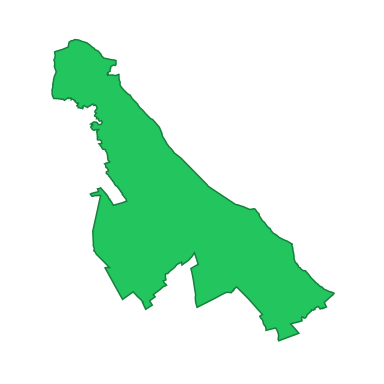 the district of Todiresti, Iasi, Romania, rotated 7°
{"feature_id": "2599482B85852318725472", "entity_name": "Todiresti", "entity_type": "district", "adm_level": 2, "iso_a3": "ROU", "parent_name": "Romania", "parent_adm1": "Iasi", "projection": "equal_earth", "projection_center": [26.831, 47.342], "detail": "fine", "context": "isolated", "style": "filled", "palette": "green", "viewbox_px": 384, "rotation_deg": 7, "n_neighbors": 0, "source": "geoboundaries", "source_scale": "gbopen_adm2", "svg_char_len": 5892}
<svg xmlns="http://www.w3.org/2000/svg" viewBox="0 0 384 384"><g transform="rotate(7 192 192)"><path d="M136.2,307.1L145.7,298.3L148.8,300.8L150.0,301.9L152.9,304.0L153.5,304.4L156.8,307.2L156.3,307.6L160.3,314.1L166.4,309.1L163.2,305.2L168.2,300.5L166.1,298.6L172.7,292.2L174.2,290.3L174.6,289.8L178.1,287.7L177.2,286.6L175.7,285.9L174.3,283.7L176.9,282.4L176.0,279.8L175.8,278.1L175.7,276.7L176.6,276.2L177.9,275.9L180.0,272.9L181.1,272.0L183.8,269.1L186.0,265.7L190.2,262.9L191.0,265.7L193.0,263.7L195.9,261.2L197.0,260.0L200.0,255.8L201.8,252.1L204.4,257.4L207.0,263.3L206.3,263.5L205.3,264.2L200.2,268.1L201.8,272.1L203.0,275.8L204.4,280.3L206.6,288.4L207.6,291.5L208.2,294.0L208.1,296.1L208.2,296.9L209.0,300.8L211.1,305.9L228.5,294.2L234.5,289.9L238.1,287.6L239.8,287.2L243.2,287.2L244.7,284.9L245.1,284.9L245.6,284.1L245.6,283.5L245.4,283.4L247.9,280.8L261.0,291.1L276.8,305.0L274.4,307.0L274.5,307.3L275.3,308.4L277.5,310.5L278.0,311.3L278.8,313.6L279.8,315.2L281.1,316.4L281.5,316.9L282.2,318.7L282.3,320.3L291.5,316.8L292.9,318.4L294.5,321.1L295.1,322.5L295.5,324.7L295.4,326.2L295.6,327.2L295.4,327.8L295.8,328.3L296.2,329.1L315.3,319.2L311.2,315.4L306.0,311.0L307.6,310.2L314.5,307.6L316.9,306.4L316.7,305.2L316.2,304.2L316.2,303.6L316.5,302.6L317.9,303.0L318.4,303.5L319.5,303.4L320.8,301.8L321.0,300.5L321.5,299.4L322.5,298.6L323.2,297.3L324.3,296.4L324.8,295.8L324.9,294.5L326.8,294.5L328.4,293.4L327.9,292.6L329.9,291.0L331.3,290.2L333.5,292.5L335.6,291.3L335.9,291.8L339.5,289.7L338.7,288.7L336.8,285.4L341.6,279.9L343.7,277.6L344.2,277.2L345.4,275.2L342.5,274.3L340.6,274.1L334.8,272.3L332.5,270.4L331.4,270.3L329.9,269.6L328.2,268.2L326.1,266.9L320.5,262.5L317.5,259.4L314.1,256.3L313.3,256.3L311.8,256.5L309.7,255.3L308.9,254.2L307.3,253.6L306.8,253.3L306.5,252.3L306.3,251.9L305.2,251.3L305.0,251.0L305.2,250.8L305.0,250.5L304.6,250.0L303.4,249.6L302.9,249.0L302.6,248.1L302.2,247.5L301.1,245.0L301.2,243.7L300.2,240.1L298.8,236.3L299.0,235.9L299.0,235.5L297.6,232.9L297.6,232.2L297.9,231.7L297.8,231.4L296.8,231.2L295.4,230.3L294.2,230.0L292.6,229.2L289.4,228.4L284.1,226.5L281.0,224.4L278.0,223.2L275.2,220.8L274.2,219.0L271.1,217.2L267.6,213.3L265.4,211.9L262.8,208.8L261.4,206.9L261.4,206.0L260.9,205.1L260.2,204.9L259.0,203.8L256.8,201.4L256.0,201.1L254.9,201.2L252.7,202.1L251.0,202.2L244.0,200.1L242.6,200.0L239.1,199.2L236.8,199.1L207.6,184.5L205.9,182.8L176.9,159.7L169.8,155.5L166.1,151.6L163.6,149.8L162.7,148.7L161.7,147.8L159.4,144.6L155.9,140.3L154.8,137.0L151.7,131.7L147.0,127.4L144.0,124.8L141.9,124.2L136.1,119.6L134.9,118.4L131.8,115.8L130.6,115.3L129.5,114.0L128.5,113.2L127.8,112.1L127.1,111.2L121.2,106.5L118.8,103.4L116.2,102.4L111.6,98.9L108.7,96.1L107.7,94.8L107.4,93.9L107.3,91.7L106.1,89.7L105.4,86.5L105.3,84.7L105.1,84.2L104.0,84.6L102.6,85.5L101.7,85.8L101.1,85.8L99.5,85.5L95.1,86.0L94.1,86.4L93.4,85.6L94.3,85.1L94.4,84.8L94.3,84.4L93.7,84.0L93.7,83.7L96.0,82.2L95.8,80.1L96.2,79.3L95.9,78.1L96.9,76.8L98.7,75.5L100.5,75.8L101.0,74.7L100.6,70.9L100.1,70.7L98.5,70.4L97.0,70.6L88.1,69.8L85.3,67.6L85.0,66.5L81.8,63.6L78.6,62.5L78.2,62.3L77.8,61.7L77.3,61.3L74.9,60.1L72.8,58.6L69.6,56.8L67.5,56.4L64.8,56.0L60.8,54.9L59.5,55.0L57.5,54.9L56.6,55.3L55.0,56.4L54.3,56.4L53.7,56.6L51.8,58.2L51.5,60.9L51.5,63.0L51.4,63.2L46.0,66.3L39.9,68.9L38.6,69.6L38.7,70.5L39.5,72.5L39.6,75.5L38.8,77.7L39.8,79.7L40.3,83.2L40.1,83.4L40.0,84.0L41.0,86.2L41.9,87.8L42.6,89.3L41.9,92.4L41.4,93.3L40.9,97.1L41.0,98.5L40.8,99.9L40.9,101.0L40.7,101.5L40.6,102.1L40.9,102.3L41.0,102.8L40.9,103.6L41.0,105.3L40.6,108.1L40.9,109.2L41.3,112.0L41.9,113.6L43.3,116.0L45.7,115.9L47.6,115.6L48.6,115.8L50.3,115.6L50.8,115.9L52.7,115.6L54.2,116.6L57.6,113.5L58.4,114.2L60.4,113.5L60.8,115.2L61.6,114.4L63.1,114.6L63.8,115.4L64.7,115.5L64.9,116.0L64.8,116.4L67.1,118.1L67.8,117.4L68.4,117.8L68.5,118.2L68.2,118.8L67.2,120.5L68.9,121.4L69.4,121.8L69.2,122.1L69.9,122.0L70.8,122.4L72.2,122.2L73.3,122.6L73.7,121.5L73.2,120.6L73.8,119.6L74.1,119.4L77.9,120.8L78.3,120.2L78.8,120.0L79.1,119.6L80.3,118.9L82.4,116.9L82.8,116.8L82.9,117.2L84.1,118.1L85.2,117.3L86.2,117.9L86.8,118.8L87.8,120.8L86.9,121.7L85.9,123.3L85.9,124.4L86.1,124.7L87.5,125.3L87.3,125.5L86.0,127.8L86.0,128.2L86.3,128.6L88.5,129.4L88.3,130.9L89.9,130.6L91.3,132.9L92.6,132.7L93.4,132.3L94.5,133.6L93.2,136.2L91.0,136.5L89.3,134.7L88.2,134.3L87.3,134.4L86.6,134.3L85.3,135.0L83.2,136.9L85.1,137.2L85.0,137.7L85.2,138.0L85.2,138.3L84.2,138.4L83.6,139.6L83.6,139.9L85.6,142.2L87.2,142.7L88.0,142.3L89.2,141.8L91.4,141.5L91.8,141.2L91.9,141.4L91.8,141.9L91.2,142.0L90.3,142.8L90.1,143.8L90.1,144.1L90.8,145.5L90.7,146.1L91.1,146.9L91.3,148.7L92.0,149.0L91.4,150.2L91.9,151.8L94.4,151.4L95.7,152.3L96.5,154.4L96.5,154.9L93.8,155.5L96.6,158.3L98.0,160.3L100.8,160.5L101.0,160.7L101.4,161.8L102.8,163.6L103.9,166.5L104.0,167.9L104.5,169.6L104.7,170.6L106.0,171.4L106.5,171.8L106.7,172.3L104.0,173.4L101.8,174.7L102.6,175.3L103.1,176.1L103.3,177.5L103.7,178.2L104.7,178.4L106.3,180.5L106.5,181.0L106.2,181.3L104.6,182.4L104.6,183.3L104.7,184.0L105.8,184.6L106.6,184.7L107.3,186.1L110.0,188.5L110.5,189.5L111.3,189.9L112.1,191.1L112.4,191.1L112.8,191.4L114.4,193.9L115.6,195.0L117.6,195.9L117.5,196.1L121.2,199.9L121.1,200.2L121.4,200.5L122.8,201.4L123.1,201.8L122.8,202.3L122.9,202.7L127.7,207.4L127.9,208.4L128.3,209.0L123.8,211.3L115.7,214.7L115.4,214.2L115.1,214.2L113.2,211.6L111.9,210.2L111.2,209.8L111.4,209.4L111.3,209.1L110.1,208.6L109.7,207.5L107.6,205.0L100.8,199.0L99.1,200.0L97.8,200.4L99.2,202.9L98.1,203.5L95.5,204.4L92.2,205.8L91.3,206.5L93.2,208.4L94.1,208.3L96.2,207.3L97.1,207.4L100.7,206.6L101.7,206.7L98.3,243.0L100.3,254.7L100.6,257.5L101.5,258.9L101.8,259.6L101.9,260.9L101.7,262.2L101.9,262.5L103.1,263.2L104.6,265.4L117.4,275.4L117.6,275.8L119.2,277.0L116.9,277.4L115.8,277.4L114.9,278.0L116.0,279.3L130.3,299.1L136.2,307.1Z" fill="#22c55e" stroke="#15803d" stroke-width="1.5"/></g></svg>